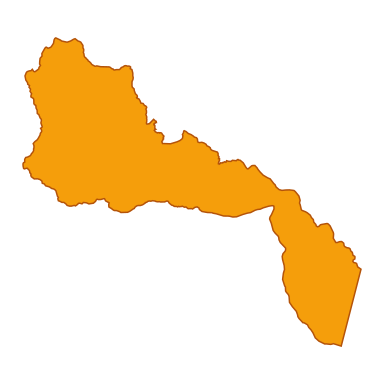 Funes, Nariño, Colombia (Mercator projection)
{"feature_id": "7082276B86870454083257", "entity_name": "Funes", "entity_type": "district", "adm_level": 2, "iso_a3": "COL", "parent_name": "Colombia", "parent_adm1": "Nariño", "projection": "mercator", "projection_center": [-77.378, 0.9], "detail": "fine", "context": "isolated", "style": "filled", "palette": "amber", "viewbox_px": 384, "rotation_deg": 0, "n_neighbors": 0, "source": "geoboundaries", "source_scale": "gbopen_adm2", "svg_char_len": 5863}
<svg xmlns="http://www.w3.org/2000/svg" viewBox="0 0 384 384"><path d="M23.0,163.9L23.1,166.1L23.6,168.4L24.3,168.9L26.9,168.2L27.6,168.4L28.2,169.4L29.4,170.4L29.9,172.8L31.0,174.1L30.8,175.2L31.3,176.7L34.2,178.9L37.6,178.8L40.1,179.6L41.9,181.1L42.3,183.3L44.3,183.9L45.6,185.8L49.4,186.9L51.7,188.5L53.6,188.9L55.0,189.8L55.9,190.8L57.5,196.4L58.4,197.4L57.8,198.8L58.4,200.8L59.4,201.1L62.0,202.4L63.9,202.4L66.0,204.0L67.1,205.4L69.4,206.1L71.5,206.1L74.2,205.4L75.5,205.9L77.6,204.4L78.4,203.4L79.7,203.2L81.9,203.8L82.3,203.7L83.3,202.5L86.4,202.8L88.9,203.9L93.4,203.2L95.5,201.4L96.4,199.7L97.1,199.2L98.6,199.6L100.8,199.5L104.1,198.6L104.6,198.8L105.6,200.9L109.1,202.8L108.7,204.7L108.9,207.0L111.5,208.6L113.0,209.8L114.2,210.5L116.6,210.6L119.7,211.7L120.9,212.5L127.6,212.3L129.8,211.3L133.6,208.7L134.3,208.5L134.8,207.4L136.7,205.9L138.1,205.5L140.4,205.5L142.6,204.8L145.2,203.1L145.3,202.6L146.7,202.3L147.8,201.4L149.3,201.0L150.8,201.2L152.7,200.7L155.2,201.1L155.9,201.5L157.5,201.8L159.6,201.7L160.5,202.0L164.7,201.9L166.9,201.0L168.2,201.4L169.2,203.1L171.6,205.1L173.3,205.6L174.2,206.4L176.8,206.5L177.6,206.9L178.5,206.4L179.1,206.7L181.5,206.5L182.3,206.2L184.4,207.2L186.0,207.0L188.1,208.7L191.5,208.6L192.6,209.0L195.0,207.3L197.2,206.9L199.0,208.1L199.4,209.5L202.0,211.5L207.4,212.5L212.1,212.7L213.0,213.2L216.3,213.8L223.6,216.0L229.0,216.1L232.8,217.0L236.6,216.8L243.0,214.4L247.5,213.1L250.5,212.6L255.2,210.2L257.5,209.5L260.2,209.2L263.3,207.8L268.7,206.2L271.7,205.7L272.9,205.7L273.9,206.2L274.0,209.0L271.5,214.6L270.0,217.1L269.6,219.0L271.3,223.3L273.2,230.5L275.2,233.2L278.2,236.2L278.7,237.4L279.0,239.8L280.3,242.5L285.6,248.1L285.6,249.9L285.2,251.1L283.0,253.7L282.2,256.5L282.6,259.6L284.2,265.6L284.5,269.6L283.4,273.2L282.6,279.4L284.7,286.0L285.4,286.9L285.6,291.0L286.3,292.2L288.4,294.7L289.1,296.6L289.5,302.4L292.4,306.7L296.3,311.3L297.5,314.6L297.9,316.7L299.1,318.6L303.0,322.8L304.1,322.8L307.5,324.8L308.8,327.5L310.9,329.7L312.9,332.7L315.3,337.9L319.0,341.2L324.8,344.0L326.2,343.9L330.7,344.4L333.5,343.7L341.2,346.1L361.0,269.2L357.7,266.9L356.6,263.5L355.8,263.0L353.7,262.5L352.8,261.3L353.3,259.9L354.8,259.0L355.0,256.9L354.7,256.3L353.0,255.3L352.3,252.3L350.9,251.1L350.0,248.7L348.9,248.0L346.9,247.7L344.9,246.7L344.1,245.7L343.7,243.2L341.9,241.7L341.2,241.5L339.4,241.7L337.3,242.5L335.8,242.5L333.3,238.3L333.6,234.0L333.3,232.5L330.1,225.9L328.3,224.0L327.1,223.5L321.4,224.5L320.4,224.8L319.0,226.3L317.5,226.8L316.3,226.0L315.8,224.4L313.8,222.2L313.3,219.5L311.4,217.5L310.3,215.2L307.3,212.8L305.6,211.8L301.8,210.3L301.3,209.6L300.2,204.8L299.5,203.1L300.1,200.3L298.9,196.0L295.3,191.6L294.0,190.5L292.7,190.3L289.4,189.9L285.8,190.0L281.9,190.4L279.1,189.6L276.1,187.0L275.0,184.6L273.8,183.6L270.2,178.9L267.6,177.8L263.2,175.2L260.0,171.9L257.9,169.3L257.2,168.0L254.9,165.5L252.8,165.5L251.7,165.8L248.2,168.8L247.7,168.9L247.1,168.7L245.8,167.1L243.3,162.9L240.1,160.2L238.8,160.1L238.1,159.5L237.5,159.6L236.2,160.7L232.4,160.3L231.0,161.4L228.5,161.3L226.6,160.7L225.9,162.2L224.4,161.8L223.2,162.6L222.6,162.5L222.2,163.0L220.7,162.8L220.2,163.6L219.2,164.2L218.8,163.4L218.4,163.5L218.4,163.0L218.9,162.3L218.8,161.4L219.5,160.8L219.5,158.7L218.5,158.6L219.0,156.9L218.1,155.5L218.1,153.5L217.4,152.1L212.2,150.4L211.1,149.7L210.6,149.0L210.3,147.8L208.9,146.7L206.9,145.8L206.1,144.3L204.0,143.0L201.8,142.3L199.5,142.6L198.1,142.2L197.7,141.5L197.4,139.0L196.5,137.7L194.4,137.1L193.5,136.2L191.1,134.6L188.3,133.5L186.0,131.5L184.2,130.7L183.7,131.1L183.4,132.9L182.4,134.6L182.9,135.7L182.5,138.2L181.9,139.0L180.0,140.5L177.1,141.8L170.4,143.8L162.5,143.5L161.8,141.6L162.0,141.1L162.6,140.8L162.9,139.5L163.6,138.9L163.2,138.4L163.2,137.5L163.4,136.9L163.7,137.0L163.9,136.4L163.7,135.7L162.7,134.9L161.7,133.2L161.0,132.8L160.1,132.7L159.6,133.0L159.3,132.7L158.0,132.6L157.3,132.9L155.1,131.6L154.8,130.6L154.3,130.3L155.1,129.3L155.7,129.2L154.8,128.4L154.9,125.7L153.9,124.8L154.0,123.7L154.3,123.4L154.7,123.7L155.6,122.5L156.4,122.5L156.2,121.3L155.5,121.1L153.6,119.3L149.3,123.7L147.1,124.1L146.6,123.9L146.4,122.9L146.7,121.8L146.8,119.1L146.5,118.1L146.8,117.1L145.8,114.2L146.3,113.5L146.5,112.2L146.4,110.5L145.9,109.0L146.7,107.6L146.6,107.0L145.8,106.0L144.5,105.5L143.1,103.5L140.9,103.1L140.2,101.1L138.9,98.9L137.3,98.4L136.8,98.0L136.6,97.7L137.4,97.0L137.1,95.4L135.4,93.7L134.3,90.7L134.1,88.9L132.3,87.2L132.0,85.8L132.0,81.7L133.0,79.3L133.2,77.7L132.8,75.8L132.8,73.1L131.9,69.5L130.3,68.7L130.6,67.0L129.9,66.4L129.1,66.1L127.2,66.1L125.9,65.6L124.2,65.9L123.6,66.6L121.1,67.6L120.8,68.3L119.4,69.6L116.5,69.6L114.5,70.0L113.5,69.7L113.0,68.9L112.0,68.8L110.0,67.2L109.0,66.9L100.6,66.7L96.8,65.9L95.7,66.2L94.9,66.2L91.8,64.5L90.7,62.9L89.1,61.4L88.4,61.1L87.6,59.7L86.2,58.6L86.0,58.0L84.9,57.3L84.2,56.0L83.9,53.9L83.3,52.3L83.7,51.0L83.7,49.2L83.0,48.0L82.9,45.4L80.8,42.2L79.4,41.4L78.2,41.1L75.1,38.7L73.6,39.2L70.6,41.0L67.1,42.2L61.6,41.0L60.5,40.1L55.8,37.9L54.8,38.5L54.1,39.9L53.5,43.3L51.3,46.7L50.4,47.4L48.0,48.3L46.5,47.2L45.7,47.3L44.9,48.2L41.9,53.5L42.0,56.1L40.1,58.3L39.7,61.5L39.6,64.1L40.5,65.3L39.0,67.5L38.7,69.0L35.2,71.6L34.4,71.7L33.6,71.3L32.3,69.3L31.0,70.7L29.2,70.9L27.2,71.6L26.3,72.6L25.0,75.9L25.8,80.0L27.6,82.8L27.7,84.2L29.5,85.6L29.0,87.2L30.5,89.1L30.0,91.3L31.6,93.7L31.0,95.3L30.9,96.9L33.4,98.5L33.8,99.8L33.9,103.6L34.5,104.7L35.6,105.2L35.8,105.5L36.1,108.2L37.1,110.1L37.3,113.5L38.8,114.6L40.1,117.9L41.3,119.4L41.4,120.5L40.9,123.0L42.2,126.6L41.9,127.4L40.6,128.3L41.5,129.9L41.7,131.2L41.3,132.2L40.4,133.2L40.0,135.1L38.0,138.7L37.1,139.9L34.8,141.7L33.2,143.6L34.0,145.8L33.9,148.2L33.5,149.0L33.7,150.0L33.5,150.9L32.6,152.5L31.4,153.7L31.1,154.6L30.1,155.8L27.5,157.1L25.7,157.5L24.7,159.3L24.7,162.2L23.5,162.7L23.0,163.9Z" fill="#f59e0b" stroke="#b45309" stroke-width="1.5"/></svg>